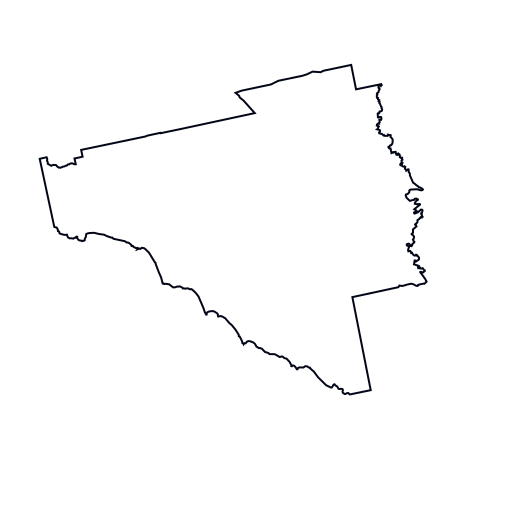 the district of Surf Coast, Victoria, Australia, rotated 70°
{"feature_id": "25037944B61768543919434", "entity_name": "Surf Coast", "entity_type": "district", "adm_level": 2, "iso_a3": "AUS", "parent_name": "Australia", "parent_adm1": "Victoria", "projection": "equal_earth", "projection_center": [144.106, -38.34], "detail": "fine", "context": "isolated", "style": "outline", "palette": "ink", "viewbox_px": 512, "rotation_deg": 70, "n_neighbors": 0, "source": "geoboundaries", "source_scale": "gbopen_adm2", "svg_char_len": 5957}
<svg xmlns="http://www.w3.org/2000/svg" viewBox="0 0 512 512"><g transform="rotate(70 256 256)"><path d="M159.7,435.6L161.2,433.5L163.6,433.2L164.8,433.6L165.7,432.7L167.7,432.8L170.5,429.1L171.4,426.3L173.2,426.5L174.4,426.2L175.8,424.9L176.0,423.8L177.2,421.7L176.9,420.3L177.3,418.6L176.5,418.4L176.4,417.8L176.9,417.5L177.2,417.9L178.7,417.7L180.0,417.4L180.9,416.7L181.7,415.1L182.5,414.5L182.4,413.6L182.9,412.4L182.6,411.6L181.2,410.9L180.0,409.5L177.3,408.0L177.2,406.7L177.4,404.9L178.8,400.3L181.7,395.9L184.0,391.5L186.5,389.1L189.2,385.7L189.5,384.8L191.1,384.0L197.3,374.1L199.0,373.0L199.4,371.9L200.6,370.7L203.1,369.3L204.0,369.5L204.6,368.2L205.5,368.0L207.6,366.0L207.9,364.4L208.8,364.3L209.2,364.9L209.2,362.8L209.8,362.2L209.2,360.6L210.3,358.6L211.5,357.7L216.3,355.4L226.9,353.3L228.1,352.7L228.7,353.0L237.8,352.9L243.8,352.5L249.9,353.1L250.1,352.3L250.9,352.0L251.3,350.2L252.9,347.3L257.2,344.6L257.8,342.3L257.7,340.5L258.3,339.3L258.5,337.9L260.6,336.0L261.5,335.8L261.6,335.1L262.6,333.5L262.6,332.5L263.2,330.9L264.6,329.6L265.1,327.9L266.4,327.1L269.9,325.3L274.3,323.9L286.4,323.2L291.3,323.3L294.9,322.7L293.1,322.1L292.2,320.8L292.1,318.8L293.0,315.3L294.3,313.8L296.8,312.0L297.9,311.8L299.3,312.3L300.0,312.2L300.3,309.9L301.0,308.7L304.0,306.2L310.1,303.9L312.6,302.4L318.4,300.4L324.0,299.2L325.5,299.6L326.0,298.9L329.6,298.4L332.4,298.3L333.2,298.6L333.9,297.8L334.7,297.8L334.0,296.8L334.5,295.7L333.5,294.0L333.3,292.5L334.0,290.8L336.2,288.2L338.3,287.0L341.5,286.5L342.2,285.7L343.4,285.0L343.9,283.6L345.3,282.1L349.2,280.4L351.4,277.5L352.8,276.9L354.7,271.9L359.1,268.2L359.2,266.2L359.6,265.4L361.6,264.3L362.9,262.4L366.4,260.9L366.8,260.6L366.6,260.4L367.2,260.6L371.2,260.1L371.6,260.4L371.8,260.1L371.4,259.8L371.4,258.7L372.3,257.7L373.6,257.0L376.5,256.3L376.6,255.7L375.6,254.8L375.5,253.4L377.0,249.6L376.4,247.4L377.1,245.8L379.3,244.1L379.3,243.6L380.8,243.2L384.5,241.1L391.1,239.2L401.4,234.3L405.3,230.5L405.4,229.5L403.4,227.1L403.4,226.1L404.9,225.6L406.2,224.4L409.0,223.8L409.5,223.3L409.9,221.4L410.8,220.2L411.8,220.2L412.8,221.0L413.7,221.2L414.5,221.0L415.9,220.0L416.3,219.0L416.0,217.9L416.2,216.3L418.2,215.2L421.3,194.1L327.6,179.5L334.0,132.9L332.8,131.3L334.1,129.1L334.4,127.1L334.5,124.2L335.1,119.7L336.6,117.5L338.4,116.1L339.4,114.6L339.0,113.5L338.7,113.5L338.6,112.7L339.4,107.2L339.6,107.1L338.5,104.5L335.3,104.9L327.4,107.2L327.2,107.1L327.2,106.6L328.6,104.7L327.8,102.5L327.2,102.3L326.1,103.1L324.4,103.6L324.5,104.5L324.0,105.7L323.7,106.1L323.3,105.9L322.8,106.3L323.0,106.6L322.9,107.7L321.5,107.5L321.8,106.3L321.6,106.1L320.8,106.6L317.9,110.4L314.5,108.5L314.6,108.1L315.7,108.1L316.0,107.8L315.5,106.6L315.4,105.0L314.6,103.8L313.1,103.4L309.9,104.6L309.6,105.1L310.3,105.5L309.9,106.2L309.8,106.9L308.4,107.9L306.5,108.3L306.3,109.1L305.5,108.7L305.1,109.2L304.0,109.4L303.7,110.1L303.7,111.2L302.4,111.1L299.8,109.1L298.8,109.4L297.7,110.6L296.9,110.5L296.6,110.3L296.5,108.9L296.8,108.0L297.9,107.5L299.2,107.6L299.9,106.8L299.6,105.8L298.5,105.4L297.3,102.6L296.8,102.3L295.6,102.9L294.2,102.9L293.5,101.7L291.9,100.9L290.4,101.2L288.8,102.3L288.5,102.2L287.8,100.5L284.7,99.4L283.1,95.1L281.8,95.1L281.3,95.7L280.7,95.7L279.8,93.2L279.4,92.7L277.5,92.0L277.1,90.0L276.4,89.2L276.4,88.5L275.9,88.0L276.5,87.2L276.6,86.5L276.0,86.0L275.0,86.4L273.9,86.0L272.9,86.4L272.3,86.2L272.1,85.2L270.1,83.9L269.4,84.0L268.8,85.1L270.3,89.0L270.4,92.4L270.1,92.7L269.4,92.7L269.0,92.2L269.2,90.3L268.8,89.7L267.9,89.9L266.2,91.3L263.8,84.3L263.3,84.3L262.9,84.8L262.5,87.0L261.2,88.9L260.6,88.6L259.4,87.2L258.8,86.2L258.8,85.0L258.2,84.5L256.9,85.7L256.5,87.2L257.3,88.3L257.0,89.7L256.8,92.6L252.7,94.6L250.2,94.6L249.5,94.1L249.6,92.3L248.8,90.6L248.0,89.8L246.9,89.6L246.4,88.2L248.3,82.0L250.9,78.2L250.9,76.9L250.6,76.4L249.6,76.8L247.8,78.3L247.2,79.5L246.2,79.7L244.0,81.3L241.9,82.4L240.9,83.3L233.0,83.8L230.9,83.2L229.6,83.8L226.8,83.0L226.5,83.6L227.2,85.6L226.3,85.5L225.0,86.2L223.3,85.3L223.0,85.9L222.5,85.9L222.4,87.0L219.7,89.3L219.3,89.0L219.1,87.8L219.6,87.4L218.7,86.7L218.3,87.8L217.8,87.0L216.1,86.6L215.7,85.5L214.3,85.7L214.3,85.3L213.7,85.1L213.5,86.2L212.3,87.0L211.5,86.4L211.1,86.7L209.6,86.4L208.9,86.9L209.6,87.1L209.3,88.7L208.7,88.7L208.6,89.2L208.0,89.0L207.7,89.5L205.9,89.2L205.4,91.3L205.7,91.2L205.9,91.5L205.5,92.8L205.6,93.5L201.0,92.8L200.9,93.5L200.4,94.0L199.0,94.4L198.7,94.2L198.7,93.1L198.0,92.2L198.1,91.2L197.7,90.9L197.7,90.3L196.4,89.0L193.3,87.7L191.2,88.3L190.2,88.9L188.6,88.1L188.0,89.0L187.9,89.9L187.1,90.4L188.1,91.4L187.0,94.1L186.2,94.3L186.3,95.0L184.2,96.0L184.0,96.7L182.8,98.2L182.1,98.2L181.4,96.8L180.0,96.6L178.4,98.8L178.2,98.0L177.4,97.6L176.3,96.3L175.8,96.4L174.8,97.9L173.9,97.4L173.3,96.3L173.8,95.1L173.0,94.9L172.7,94.0L170.3,93.6L170.2,92.9L170.8,91.9L170.0,91.2L168.3,90.9L167.7,91.9L167.8,93.6L167.5,94.0L163.9,93.0L163.6,92.5L164.0,91.7L163.9,91.3L162.5,90.5L162.8,88.5L162.1,87.7L161.3,87.3L160.3,87.5L159.0,87.0L158.3,87.4L155.4,87.4L154.4,87.8L153.7,87.1L153.0,87.2L152.6,87.8L151.7,86.9L150.6,87.8L149.3,87.2L148.6,87.7L148.5,88.2L146.7,87.7L146.0,86.8L145.0,87.0L144.5,86.6L144.0,85.0L141.9,83.4L141.6,82.8L140.6,82.6L140.4,82.8L140.6,83.1L139.7,83.4L138.4,82.8L138.0,82.0L138.1,81.1L138.9,80.6L138.4,80.2L138.4,79.5L138.0,79.4L137.6,79.9L137.3,79.8L133.6,105.0L109.0,101.2L105.0,129.2L105.4,132.4L102.1,139.8L102.7,146.2L102.5,150.7L99.0,175.1L99.9,183.4L95.7,213.0L95.7,219.4L99.7,217.1L101.4,217.1L105.8,214.5L121.3,208.3L111.0,282.8L108.0,303.6L107.6,303.6L106.8,309.1L105.7,317.3L105.9,318.8L96.5,384.0L103.4,385.0L102.3,393.2L108.1,394.0L107.7,395.3L106.1,396.9L105.6,398.5L106.0,400.5L105.6,401.3L106.3,403.1L106.1,404.3L106.3,405.3L106.0,407.1L106.2,409.6L105.4,410.9L105.4,411.2L103.5,412.4L102.4,412.6L101.4,414.3L101.0,416.1L101.2,417.5L98.2,420.1L96.5,419.6L95.0,419.8L93.2,418.9L91.6,419.0L90.7,426.0L159.7,435.6Z" fill="none" stroke="#020617" stroke-width="2"/></g></svg>